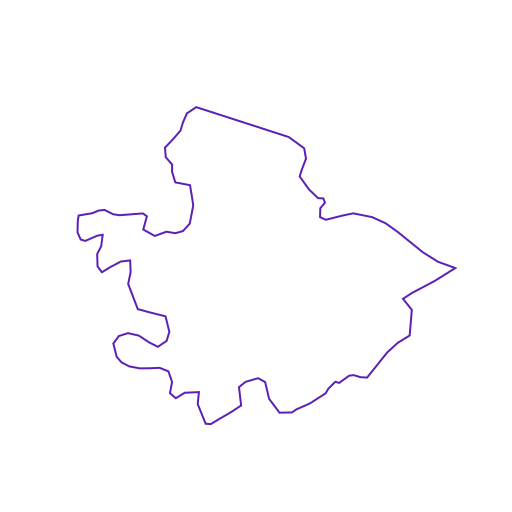 the district of Yeoncheon-gun, Gyeonggi, South Korea, rotated 62°
{"feature_id": "91817680B98224083425041", "entity_name": "Yeoncheon-gun", "entity_type": "district", "adm_level": 2, "iso_a3": "KOR", "parent_name": "South Korea", "parent_adm1": "Gyeonggi", "projection": "mercator", "projection_center": [126.988, 38.108], "detail": "fine", "context": "isolated", "style": "outline", "palette": "violet", "viewbox_px": 512, "rotation_deg": 62, "n_neighbors": 0, "source": "geoboundaries", "source_scale": "gbopen_adm2", "svg_char_len": 1624}
<svg xmlns="http://www.w3.org/2000/svg" viewBox="0 0 512 512"><g transform="rotate(62 256 256)"><path d="M360.2,85.7L346.6,98.0L331.1,106.9L301.2,119.6L287.8,126.3L276.2,135.2L264.0,150.1L261.2,159.6L256.8,177.3L251.8,181.2L244.0,176.8L241.3,170.1L236.8,169.5L234.1,174.0L222.4,177.9L206.3,180.1L200.8,174.5L193.6,166.2L183.6,162.9L166.4,171.2L96.5,238.9L97.6,250.0L103.7,257.7L109.8,263.8L113.7,273.8L117.6,285.5L126.5,289.3L135.9,287.1L142.0,290.5L153.1,292.7L162.5,281.0L175.8,285.5L181.9,287.7L196.3,299.3L199.7,308.8L198.0,316.5L192.5,323.7L190.8,335.9L179.7,343.1L169.7,333.7L165.3,335.9L155.8,357.6L152.0,362.6L144.2,368.1L142.0,373.7L141.4,380.3L137.0,393.6L141.4,396.9L151.4,402.5L155.3,402.8L159.2,403.0L162.5,399.7L163.6,386.4L165.3,381.4L174.7,388.1L179.7,395.3L190.8,400.8L198.0,399.7L197.4,389.7L197.4,378.1L200.8,369.2L211.3,374.2L220.7,382.0L247.4,385.3L256.8,375.3L266.8,364.2L282.3,368.1L289.0,374.8L290.1,385.3L282.3,390.8L271.2,396.9L264.0,405.3L262.3,414.7L264.4,419.1L266.2,423.0L279.5,426.3L281.9,425.8L286.7,424.7L294.0,419.7L300.6,411.4L305.0,403.0L309.5,393.6L316.7,387.5L327.8,389.2L336.7,396.4L343.9,393.6L343.3,383.1L349.4,370.3L359.4,377.0L380.5,379.2L383.2,374.8L382.7,365.9L382.1,350.9L381.0,339.3L363.8,332.6L362.2,324.3L364.9,311.5L371.6,307.1L379.9,309.3L388.2,311.5L405.4,308.8L411.0,297.7L410.4,292.1L411.5,277.7L409.9,258.8L407.1,254.4L404.3,245.0L407.1,242.2L405.4,230.0L407.1,225.6L412.1,220.6L415.5,215.0L408.7,199.2L402.7,185.3L399.2,171.5L398.3,157.6L376.7,143.7L362.8,146.3L361.9,135.9L361.9,126.4L361.9,109.9L360.2,85.7Z" fill="none" stroke="#5b21b6" stroke-width="2"/></g></svg>